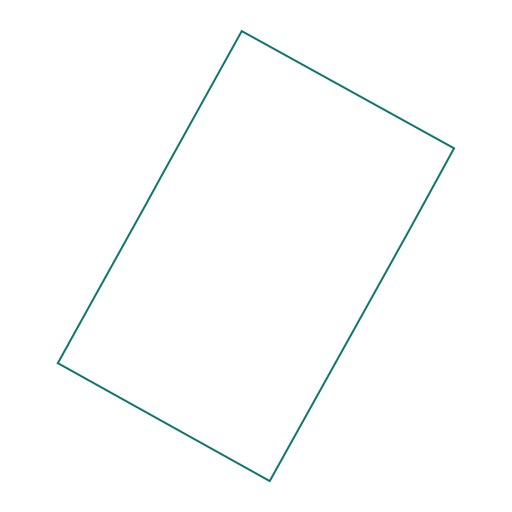 Worth, Iowa, United States of America (Robinson projection), rotated 299°
{"feature_id": "52423323B83558123373656", "entity_name": "Worth", "entity_type": "district", "adm_level": 2, "iso_a3": "USA", "parent_name": "United States of America", "parent_adm1": "Iowa", "projection": "robinson", "projection_center": [-93.275, 43.377], "detail": "fine", "context": "isolated", "style": "outline", "palette": "teal", "viewbox_px": 512, "rotation_deg": 299, "n_neighbors": 0, "source": "geoboundaries", "source_scale": "gbopen_adm2", "svg_char_len": 376}
<svg xmlns="http://www.w3.org/2000/svg" viewBox="0 0 512 512"><g transform="rotate(299 256 256)"><path d="M445.8,134.5L445.7,134.5L425.9,134.5L329.6,134.5L281.7,134.5L247.2,134.7L145.1,134.6L121.5,134.6L89.3,134.6L85.9,134.7L78.5,134.6L73.5,134.7L66.2,134.6L65.8,377.1L256.4,377.4L351.9,377.5L446.2,377.0L445.8,134.5Z" fill="none" stroke="#0f766e" stroke-width="2"/></g></svg>